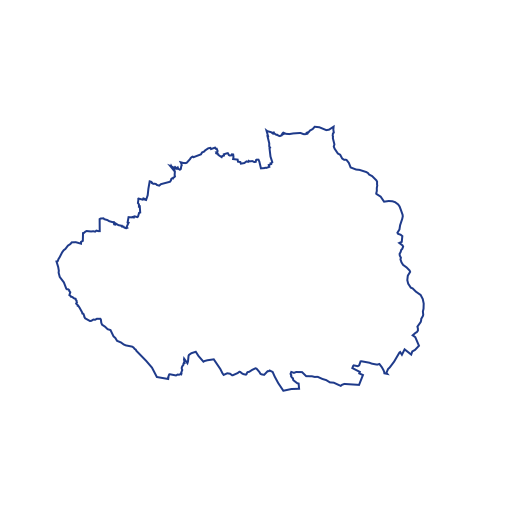 Poduri, Bacau, Romania (Equal Earth projection), rotated 201°
{"feature_id": "2599482B30371086214997", "entity_name": "Poduri", "entity_type": "district", "adm_level": 2, "iso_a3": "ROU", "parent_name": "Romania", "parent_adm1": "Bacau", "projection": "equal_earth", "projection_center": [26.579, 46.458], "detail": "fine", "context": "isolated", "style": "outline", "palette": "blue", "viewbox_px": 512, "rotation_deg": 201, "n_neighbors": 0, "source": "geoboundaries", "source_scale": "gbopen_adm2", "svg_char_len": 6130}
<svg xmlns="http://www.w3.org/2000/svg" viewBox="0 0 512 512"><g transform="rotate(201 256 256)"><path d="M359.9,316.5L358.7,315.4L357.8,313.9L358.0,313.2L357.4,310.3L358.0,309.3L359.9,309.6L360.8,310.6L361.1,310.0L360.9,309.2L361.0,309.0L361.4,309.1L361.6,309.8L362.4,309.7L363.5,310.1L363.7,309.6L363.3,308.4L364.4,309.0L365.3,308.9L365.8,309.3L366.8,309.1L367.6,309.8L367.6,309.3L368.3,309.3L362.0,305.7L360.9,302.2L360.2,301.4L360.5,300.3L361.4,299.4L361.3,298.6L362.2,298.4L362.7,297.5L362.5,296.1L362.9,294.5L370.5,289.0L371.6,287.0L374.0,286.8L375.0,287.3L376.5,287.2L377.7,286.6L379.4,286.8L379.5,287.3L380.4,287.7L382.0,287.6L380.6,280.4L378.9,273.9L378.7,268.9L380.6,268.8L380.6,269.4L381.8,269.4L382.0,268.0L386.3,267.5L386.4,267.1L386.0,266.5L385.2,263.1L383.8,262.3L383.0,260.2L382.3,260.7L379.7,255.1L380.6,254.4L380.3,250.6L380.7,249.8L383.6,249.5L383.9,249.3L383.8,248.2L384.2,248.1L384.3,248.5L385.3,248.2L385.3,247.9L385.9,247.5L388.9,246.6L387.9,241.3L386.9,241.4L387.2,236.4L386.4,236.1L387.1,235.4L388.1,235.3L389.4,235.4L390.2,236.0L391.2,235.5L391.8,236.0L392.1,235.6L392.7,236.0L395.5,235.5L398.8,236.1L398.6,234.9L399.1,234.8L399.2,235.2L399.9,234.9L400.9,236.7L402.0,236.2L405.6,235.9L407.6,236.3L410.8,236.0L411.9,236.5L414.5,235.3L415.2,234.4L410.8,223.2L412.2,222.7L414.1,222.5L414.9,221.1L416.8,220.8L418.7,219.8L423.1,218.6L424.1,217.5L424.9,215.9L425.7,215.4L423.1,208.1L424.4,206.5L423.8,204.8L429.2,204.3L432.9,202.7L433.6,200.6L435.3,198.3L436.5,194.2L437.6,192.5L438.3,189.9L438.9,184.3L439.3,182.5L439.3,180.0L440.3,179.4L436.7,174.8L434.8,171.6L434.3,169.7L431.7,166.1L425.9,162.5L421.4,157.5L420.6,157.2L419.2,157.6L418.1,157.1L417.8,156.4L416.4,155.6L416.2,152.6L414.7,152.2L414.3,151.7L412.5,151.9L411.2,151.3L409.1,151.4L408.8,150.7L407.5,150.0L407.1,148.9L406.6,148.6L406.8,147.1L404.5,146.1L404.5,145.6L403.6,145.5L402.2,144.5L397.6,140.6L397.5,140.1L396.2,140.0L394.6,138.1L394.6,137.8L393.2,136.6L387.7,135.8L386.5,136.5L385.0,138.4L383.4,138.8L382.0,140.4L378.8,141.6L378.0,141.0L376.5,138.2L375.1,136.7L371.6,135.9L368.3,134.5L365.3,134.7L360.2,129.9L358.0,129.1L355.3,127.0L351.1,126.9L347.8,126.0L345.5,125.9L339.2,127.0L337.6,126.7L335.9,125.7L334.7,125.5L333.7,124.6L320.9,118.7L313.1,114.5L305.2,107.5L293.9,109.7L294.2,111.0L294.5,111.0L294.6,114.3L294.2,114.7L287.9,115.8L286.6,117.3L285.4,117.5L284.1,118.7L283.4,118.7L283.5,119.6L284.0,119.6L284.0,123.2L284.9,124.1L285.3,125.2L285.3,126.7L284.8,128.2L285.1,129.5L284.4,130.3L285.1,130.8L285.0,132.5L286.0,133.2L286.3,134.4L281.6,131.3L281.7,133.1L283.2,138.7L283.1,139.7L281.5,142.1L277.9,145.0L273.8,142.0L267.2,138.5L266.4,139.5L264.1,141.2L258.4,144.4L248.8,137.7L245.3,134.5L243.6,133.4L240.8,136.2L238.1,136.8L235.5,136.1L234.9,136.4L231.2,140.1L230.0,142.0L229.1,142.1L227.1,141.4L225.5,141.2L222.9,141.6L222.5,142.3L222.6,143.0L222.3,144.5L220.8,145.5L218.7,148.4L216.2,151.0L215.1,151.0L211.4,149.0L209.6,147.6L208.3,147.5L205.8,148.0L203.9,152.6L202.7,153.1L202.2,154.0L198.9,153.7L195.3,150.1L189.7,145.3L182.2,140.0L175.3,144.5L168.2,147.5L170.5,152.2L171.9,152.0L176.5,153.4L177.0,153.8L177.6,155.0L179.1,155.5L180.3,156.5L180.3,157.4L181.5,158.3L181.5,160.4L178.7,160.5L176.9,162.1L171.4,164.1L166.1,161.8L160.5,163.8L158.0,164.1L155.0,165.3L150.0,165.0L146.0,165.3L141.7,164.5L138.0,165.6L130.4,165.1L129.6,166.5L127.7,168.2L113.6,172.6L113.5,183.2L117.5,183.4L117.5,185.0L125.9,185.9L125.9,188.2L125.6,188.9L121.5,189.6L120.5,190.9L120.6,195.1L119.9,195.5L111.9,197.0L109.4,197.0L104.9,197.8L103.8,198.1L102.1,199.4L98.7,197.3L96.3,195.3L94.9,193.9L94.1,192.5L91.2,193.0L92.4,193.7L92.2,197.8L91.2,199.9L89.2,206.9L87.5,217.2L87.0,218.0L84.4,216.1L83.8,222.1L75.8,219.6L75.9,222.9L73.9,225.3L71.7,230.6L78.2,237.3L81.3,238.1L79.5,241.5L78.6,242.5L78.1,244.4L78.9,246.4L80.0,247.9L78.6,253.3L78.7,254.8L79.2,256.6L78.7,259.7L78.8,261.0L80.3,264.0L80.7,266.8L82.4,271.7L84.9,275.6L88.3,278.6L93.9,280.0L98.2,281.9L100.1,281.9L104.0,284.7L106.1,287.7L107.1,291.5L107.2,292.2L106.4,296.4L107.4,297.5L111.3,299.3L115.5,300.4L117.9,302.2L119.9,304.6L120.1,306.3L121.9,307.9L122.7,309.4L122.4,311.6L122.6,313.7L122.0,315.0L122.0,317.5L123.0,318.4L126.9,319.5L125.0,321.4L126.5,327.0L128.6,327.7L131.3,327.6L132.3,328.4L131.6,332.2L132.5,336.4L132.8,343.1L133.2,345.6L133.9,347.0L137.4,351.1L139.7,353.7L141.8,355.1L145.4,356.1L148.2,356.0L151.8,354.9L155.9,352.6L160.9,356.1L165.9,357.1L166.2,357.5L166.5,360.0L167.6,362.8L168.1,365.4L168.7,366.3L169.6,368.8L170.8,369.8L176.2,372.2L179.7,372.6L181.0,373.5L183.0,373.9L190.2,373.5L193.5,372.6L199.4,372.6L202.7,376.2L205.9,378.1L206.9,378.0L208.1,377.4L209.7,377.7L210.5,377.9L213.7,380.7L216.3,381.0L221.0,384.3L222.6,386.0L222.8,388.3L226.5,393.6L226.9,395.1L227.5,395.7L228.1,398.0L227.6,399.1L229.1,401.7L229.9,404.5L233.1,400.1L235.5,398.7L243.0,398.9L247.5,397.7L248.6,394.8L250.7,392.3L251.0,390.9L252.5,389.5L251.7,389.2L251.8,388.6L253.8,387.3L255.3,386.8L258.6,386.8L265.1,383.8L268.5,381.8L271.8,380.8L274.0,380.9L273.6,380.1L274.2,379.5L274.4,380.2L275.1,380.2L275.5,378.4L275.3,377.8L276.7,376.5L278.2,376.4L279.8,376.8L280.4,376.4L283.1,377.0L283.6,377.7L284.1,377.5L284.1,376.4L286.3,377.0L290.2,376.6L291.2,376.9L287.7,372.2L288.2,372.0L284.0,365.9L283.0,363.2L281.7,362.2L282.1,361.6L278.1,354.0L274.4,349.4L274.9,348.3L275.5,347.8L274.9,347.2L276.7,345.5L275.5,344.0L278.0,341.9L279.0,341.7L279.8,341.0L282.8,339.6L286.7,345.3L288.2,346.8L289.9,346.2L290.3,345.7L290.0,343.8L291.3,343.1L293.4,343.3L296.0,342.0L296.9,342.2L297.1,341.1L298.8,340.9L300.2,338.6L303.2,336.8L304.3,338.1L306.6,337.6L307.7,339.4L312.1,338.3L312.5,340.4L313.7,342.6L314.9,342.3L314.9,341.2L316.5,340.4L317.5,340.5L319.1,341.9L319.6,341.7L322.5,339.4L321.9,338.3L323.4,337.1L323.5,336.0L326.7,336.7L327.6,337.0L327.8,337.5L329.8,337.6L329.7,338.3L330.2,338.6L329.3,339.2L329.5,340.3L331.2,342.1L332.1,341.7L333.1,342.5L336.3,339.7L337.3,340.6L339.2,339.4L341.5,336.1L341.7,335.1L343.5,333.3L343.8,331.2L349.8,325.8L350.7,326.1L351.3,325.5L352.1,324.1L352.3,322.8L354.1,318.2L355.0,317.5L357.2,316.8L359.9,316.5Z" fill="none" stroke="#1e3a8a" stroke-width="2"/></g></svg>